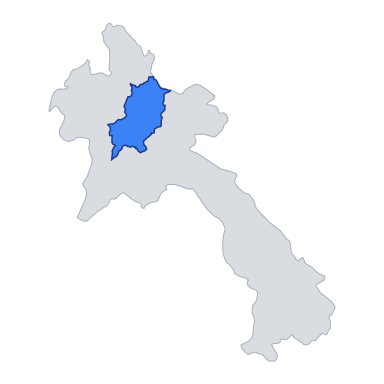 Laos, with Louangphrabang highlighted
{"feature_id": "LAO-3289", "entity_name": "Louangphrabang", "entity_type": "Province", "adm_level": 1, "iso_a3": "LAO", "parent_name": "Laos", "parent_adm1": "", "projection": "albers", "projection_center": [102.548, 20.095], "detail": "fine", "context": "in_parent", "style": "filled", "palette": "blue", "viewbox_px": 384, "rotation_deg": 0, "n_neighbors": 0, "source": "natural_earth", "source_scale": "10m", "svg_char_len": 6239}
<svg xmlns="http://www.w3.org/2000/svg" viewBox="0 0 384 384"><path d="M123.9,27.7L125.9,31.5L135.5,41.6L137.1,44.4L140.6,46.5L143.5,55.6L144.7,56.1L146.3,55.5L147.5,54.2L148.5,50.7L149.2,50.3L150.3,53.2L152.9,54.1L154.1,55.3L154.5,57.5L154.1,59.7L151.8,64.9L150.5,71.8L159.9,86.6L163.9,88.6L173.2,91.0L179.6,94.2L182.6,93.4L185.3,89.7L188.7,87.6L195.0,84.4L196.8,84.2L200.3,85.4L206.0,89.1L214.8,95.9L214.5,97.7L213.0,99.5L208.4,102.3L206.9,104.1L207.8,104.8L211.7,105.2L216.2,106.6L217.7,108.5L218.5,112.6L219.3,113.3L223.5,112.8L224.8,113.4L226.4,114.7L227.9,118.1L227.9,120.6L223.8,125.2L223.3,127.9L221.2,131.1L215.5,136.6L213.9,137.0L203.2,134.1L194.7,134.6L194.0,135.7L195.5,139.0L195.9,142.2L194.6,144.7L189.7,147.9L189.6,149.3L190.6,150.7L197.7,153.6L220.7,168.9L231.1,171.7L235.7,173.6L236.9,174.7L236.9,176.0L235.7,177.8L234.8,180.8L234.7,182.7L235.8,184.4L237.7,187.0L244.2,192.8L248.9,194.1L254.0,200.8L255.5,206.7L258.0,210.5L270.2,223.0L280.3,230.6L286.5,239.0L289.4,240.8L290.4,243.9L291.3,252.8L294.9,257.2L295.7,258.9L297.2,260.2L298.9,260.4L302.4,257.4L303.1,257.8L304.8,262.5L306.3,264.2L311.6,266.9L317.4,272.5L320.5,274.4L324.4,276.0L324.9,277.7L324.3,279.6L323.1,280.8L316.7,284.3L315.8,285.7L320.4,292.8L331.5,301.5L335.1,306.8L334.4,309.4L331.6,314.7L329.4,316.2L328.8,317.8L330.6,322.0L330.6,328.6L328.6,330.3L326.8,334.4L325.4,334.7L322.0,333.3L315.2,340.5L312.1,340.2L308.7,344.2L304.1,344.8L300.9,342.0L294.1,337.5L291.6,334.7L289.5,337.2L286.1,339.7L281.0,339.0L279.8,342.5L278.8,343.1L272.8,343.8L271.7,344.4L272.7,347.5L276.4,352.8L277.5,355.9L275.4,361.0L269.1,361.0L266.3,359.0L262.6,354.8L254.5,352.1L249.2,354.1L247.6,354.1L243.5,350.5L241.9,348.2L241.0,344.8L247.1,342.0L250.1,339.7L252.1,337.4L252.9,335.0L253.7,325.0L254.6,321.5L254.0,317.2L252.3,313.8L252.2,308.7L253.0,304.6L255.3,302.5L256.8,299.5L257.7,292.8L256.9,291.1L254.6,289.5L250.7,288.0L248.3,286.1L247.3,283.8L247.3,281.7L248.5,279.9L245.5,278.0L238.6,275.9L234.6,273.3L233.8,270.2L230.8,266.2L225.8,261.3L223.1,254.2L222.7,244.8L223.2,237.2L225.2,228.3L222.2,222.0L219.0,218.6L214.6,216.2L210.3,212.7L206.3,208.1L201.5,201.4L195.8,192.4L192.1,188.3L190.2,189.3L186.1,188.5L180.0,185.9L174.7,184.5L170.1,184.4L167.2,185.0L165.8,186.4L165.7,187.7L166.9,189.1L166.2,190.1L163.9,190.9L161.9,192.4L159.8,195.7L158.3,200.0L156.0,201.7L152.5,202.1L149.1,203.4L145.7,205.5L144.1,207.1L144.3,208.2L143.6,208.4L141.9,207.8L141.1,206.4L141.2,204.1L139.5,202.6L136.0,201.8L131.9,199.4L124.3,193.1L122.5,192.8L120.0,194.4L116.7,197.9L114.0,199.3L111.8,198.6L110.2,199.8L109.0,203.0L106.9,205.5L96.5,212.2L87.1,220.8L84.7,221.6L79.1,219.1L77.3,217.4L85.2,199.6L86.4,195.3L86.2,189.6L83.0,184.8L82.9,183.4L83.4,182.0L87.4,176.5L92.0,162.3L91.8,157.9L89.9,153.0L88.8,148.4L89.7,142.1L89.4,139.7L87.3,138.4L80.3,137.1L76.2,138.1L74.3,139.8L71.9,140.8L67.5,141.4L63.4,139.2L59.9,135.5L59.1,131.1L63.6,121.6L64.7,118.0L64.6,116.3L63.9,114.5L62.8,114.2L60.6,111.9L58.5,108.0L56.5,106.1L54.6,106.4L52.8,107.9L49.8,111.6L48.9,111.1L51.6,98.0L54.1,92.4L57.0,89.9L60.0,88.8L63.2,89.3L65.9,88.8L68.0,87.5L67.9,86.7L65.3,86.5L64.3,85.0L64.9,82.2L66.0,80.4L67.8,79.6L69.5,76.8L71.2,72.0L73.2,69.6L75.5,69.6L79.5,67.5L85.2,63.5L87.4,59.6L89.5,61.5L88.7,66.0L89.8,67.0L90.3,68.6L90.0,71.1L90.4,73.3L91.3,74.3L92.5,74.9L98.5,73.1L102.2,72.9L108.2,76.3L111.7,73.9L111.8,72.9L108.9,69.8L109.8,58.3L109.5,49.5L104.6,43.0L103.6,40.4L103.1,36.2L101.8,32.6L105.3,29.7L107.2,24.3L109.7,23.0L110.4,23.2L113.4,27.3L117.2,25.3L120.1,25.3L122.6,26.4L123.9,27.7Z" fill="#d9dde1" stroke="#a8b0b8" stroke-width="1"/><path d="M153.3,76.8L153.6,78.3L153.9,79.0L154.1,79.3L154.2,79.6L154.5,79.7L155.1,79.6L156.0,80.0L156.6,80.7L157.4,82.5L158.6,85.0L159.3,86.2L160.3,87.5L160.9,88.1L161.1,88.2L161.5,88.4L162.2,88.5L162.5,88.6L162.9,88.8L163.4,89.1L163.7,89.2L164.2,89.2L164.4,89.2L164.9,89.0L165.2,89.0L165.8,89.2L167.9,90.3L168.9,90.6L169.3,90.7L169.5,90.7L170.5,90.4L170.5,90.6L170.4,90.9L170.3,91.0L168.4,92.1L166.3,92.8L165.3,93.3L164.5,93.9L164.0,95.5L163.9,97.4L164.1,99.8L163.5,102.1L162.7,103.1L163.1,104.2L163.9,105.3L164.5,105.5L165.2,105.5L165.0,106.1L164.7,106.6L164.9,108.0L164.9,109.5L164.1,110.6L161.6,113.1L160.4,114.9L160.9,115.9L162.2,117.5L162.4,118.0L162.1,118.4L161.6,118.8L161.4,119.3L161.4,119.9L161.2,120.8L161.1,123.6L161.3,125.3L160.8,126.2L160.1,126.8L158.2,126.9L157.3,127.3L156.5,127.9L155.4,128.5L154.4,129.1L154.3,131.0L154.1,132.9L152.7,133.2L151.2,133.1L151.4,134.0L150.9,134.7L149.2,136.3L147.0,137.8L146.2,138.6L145.6,139.4L143.9,140.7L143.5,142.8L144.0,144.9L145.0,145.8L145.9,146.9L146.7,149.1L145.2,150.7L143.1,151.4L140.4,152.7L139.0,151.7L137.8,150.6L137.5,149.7L137.1,148.9L136.3,148.7L135.5,148.3L135.8,147.7L136.0,147.0L134.9,147.1L133.9,147.0L133.2,146.6L132.7,146.2L131.6,146.6L130.4,147.2L129.2,146.4L128.0,146.7L127.4,146.2L126.9,145.6L125.9,145.4L124.9,145.4L123.6,145.7L122.5,146.3L121.9,148.8L121.4,149.3L120.8,149.8L120.4,150.3L119.8,150.7L119.1,150.9L118.7,151.5L118.3,153.1L117.2,155.5L115.3,157.2L114.2,157.4L113.9,157.7L113.6,158.1L112.8,158.7L111.7,159.6L112.1,155.7L112.4,154.4L112.5,153.6L112.2,151.2L112.3,150.5L112.5,150.0L113.3,148.6L113.5,147.9L113.8,147.3L115.1,146.0L115.3,145.6L115.0,145.1L113.5,144.5L112.9,144.1L112.5,143.5L112.2,143.0L112.0,142.5L112.0,137.2L112.3,135.8L112.0,135.5L110.9,135.6L109.8,135.6L109.4,134.5L109.4,132.1L109.8,131.4L110.4,129.6L110.4,127.7L110.0,127.0L109.4,126.4L108.8,125.7L108.0,124.6L109.5,124.2L112.6,124.0L113.9,123.6L115.1,122.7L117.1,120.6L118.0,119.8L118.6,119.6L120.7,119.8L121.3,119.6L123.4,118.4L124.6,118.3L125.2,117.1L126.2,116.2L126.5,114.8L125.9,113.6L124.8,112.1L124.9,110.4L125.4,109.3L125.3,108.2L124.7,107.6L124.2,106.9L124.3,105.7L125.9,102.2L126.6,100.0L127.6,97.9L127.7,97.0L130.3,96.6L131.6,95.2L132.1,93.4L132.2,92.6L131.9,91.9L131.6,91.4L131.6,90.9L131.5,89.9L132.1,88.3L132.0,87.5L131.7,86.5L130.5,84.9L130.5,83.8L131.9,84.5L133.0,85.2L134.1,85.3L135.2,85.5L135.7,86.0L135.8,86.7L137.9,87.5L140.0,84.9L140.8,84.4L141.7,84.2L143.0,84.4L143.6,83.2L144.1,82.9L146.6,81.8L146.6,81.6L146.8,81.3L147.1,81.2L148.2,81.1L148.5,80.4L148.5,79.4L148.8,77.5L149.2,76.8L149.7,76.8L150.3,77.0L153.3,76.8L153.3,76.8Z" fill="#3b82f6" stroke="#1e3a8a" stroke-width="1.5"/></svg>